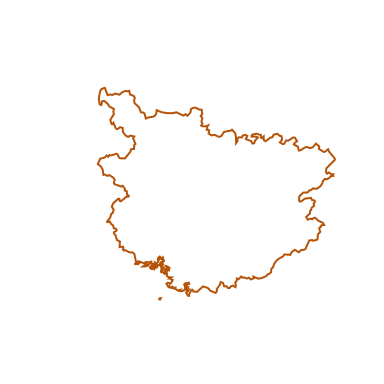 the Autonomous Region of Guangxi, rotated 32°
{"feature_id": "CHN-1152", "entity_name": "Guangxi", "entity_type": "Autonomous Region", "adm_level": 1, "iso_a3": "CHN", "parent_name": "China", "parent_adm1": "", "projection": "robinson", "projection_center": [108.679, 23.706], "detail": "fine", "context": "isolated", "style": "outline", "palette": "amber", "viewbox_px": 384, "rotation_deg": 32, "n_neighbors": 0, "source": "natural_earth", "source_scale": "10m", "svg_char_len": 6101}
<svg xmlns="http://www.w3.org/2000/svg" viewBox="0 0 384 384"><g transform="rotate(32 192 192)"><path d="M101.3,218.7L97.3,218.1L96.5,212.5L99.8,208.8L100.2,206.3L102.3,206.5L102.3,204.5L104.1,203.8L107.6,199.6L108.8,199.5L111.6,201.3L113.2,201.5L117.3,199.1L118.4,190.8L117.7,187.9L120.0,186.2L118.1,182.7L118.6,181.2L113.6,177.7L113.6,175.5L109.6,177.0L108.7,179.1L105.7,179.3L101.5,177.6L99.3,174.4L96.7,175.1L95.6,178.0L93.9,178.6L88.7,174.9L88.6,176.7L87.8,177.0L84.5,174.2L84.5,167.4L82.8,165.6L81.7,162.9L76.7,163.3L73.5,161.8L69.2,161.3L67.7,162.8L69.0,166.3L67.2,166.6L63.5,162.2L61.2,156.7L60.5,153.2L62.4,150.2L63.1,150.0L69.1,154.6L70.9,152.7L73.0,152.0L74.7,149.2L78.9,147.9L80.2,143.9L82.0,141.6L84.2,140.6L85.1,139.4L87.8,142.2L91.8,141.4L93.5,142.4L94.4,145.1L96.2,147.1L102.0,148.2L106.5,151.5L108.7,150.4L110.3,150.7L113.9,154.2L115.3,152.1L119.4,148.5L120.2,146.6L120.2,144.7L118.7,141.3L123.9,140.5L129.1,138.3L133.7,135.5L136.5,132.7L144.1,131.8L145.4,129.4L147.6,129.9L148.6,125.7L147.2,121.9L148.8,119.6L150.8,118.4L153.8,118.4L156.6,117.1L159.4,120.5L159.0,122.8L161.7,123.9L162.7,127.3L164.6,128.4L164.5,130.8L166.3,130.6L169.1,128.8L170.3,127.1L170.4,129.1L171.4,130.2L171.5,131.4L173.9,130.6L175.0,133.5L178.4,133.7L181.0,131.5L185.1,131.1L186.5,130.2L187.2,128.9L187.4,123.9L192.4,119.4L192.9,118.0L197.4,119.2L200.1,121.9L203.5,127.1L203.6,124.6L202.4,122.9L202.4,121.6L203.1,120.5L205.5,119.3L205.0,117.5L206.8,115.4L209.1,115.1L209.6,118.6L215.2,117.5L217.5,118.9L218.9,117.8L218.2,115.0L219.0,110.8L216.7,111.3L213.2,113.4L212.6,112.5L212.9,111.1L215.8,108.4L220.4,107.2L221.9,109.4L222.9,109.1L223.4,107.0L225.3,109.9L227.5,110.0L229.7,104.3L231.2,102.8L230.8,100.1L233.7,97.4L236.5,97.9L238.3,97.2L240.7,99.9L240.2,103.4L243.7,103.3L244.6,102.3L244.5,98.4L246.4,97.5L249.0,92.0L250.6,91.4L254.2,93.3L253.0,96.3L253.2,97.8L257.7,97.4L260.6,100.2L262.0,99.1L264.2,94.2L266.2,92.7L268.8,92.4L270.6,90.2L271.5,85.3L275.8,85.9L276.7,88.2L282.4,88.2L283.4,87.5L284.8,83.6L286.8,85.1L295.2,87.9L296.1,88.9L293.4,100.7L295.1,104.2L296.8,104.9L297.5,103.0L300.8,103.0L302.4,102.2L302.3,103.1L303.2,103.5L301.3,105.1L301.0,107.3L299.4,109.9L297.8,110.4L297.2,113.6L298.0,115.6L297.9,118.7L296.6,122.3L295.4,123.7L292.7,124.7L291.9,127.5L290.7,128.3L290.3,131.1L286.6,133.6L285.3,138.7L287.1,142.3L288.3,143.0L289.6,142.0L291.2,137.9L296.0,133.9L297.9,135.2L300.3,134.3L301.5,135.0L301.2,137.3L302.9,138.9L301.8,141.8L302.5,144.4L302.2,145.6L303.4,147.8L302.0,152.7L304.9,154.1L306.8,151.7L308.3,151.5L309.0,149.4L310.1,148.6L314.6,149.4L319.3,148.8L321.5,149.9L319.4,151.7L319.7,153.6L319.0,154.5L319.4,155.8L321.9,157.8L321.3,161.1L323.5,165.9L320.8,169.1L319.5,169.0L317.1,170.9L318.4,180.3L317.2,182.1L315.4,183.2L314.5,186.5L309.9,186.5L308.4,189.8L308.7,193.2L303.4,196.0L303.3,198.5L300.7,203.1L299.9,206.3L299.8,209.5L300.6,212.7L300.0,215.1L301.6,218.1L300.6,221.0L299.8,221.6L299.4,224.2L296.6,228.2L293.9,230.5L289.0,231.2L290.1,232.4L288.3,235.0L285.7,234.5L284.6,236.1L281.1,237.0L280.0,238.0L278.5,237.6L277.7,241.3L275.9,241.6L276.9,243.6L276.7,246.0L279.0,248.3L279.3,249.7L276.2,249.7L274.9,251.7L274.8,253.5L273.3,254.4L271.2,253.6L269.3,255.0L266.5,252.7L264.0,253.2L264.8,256.0L264.4,261.2L265.7,262.9L265.5,265.1L260.0,266.0L256.1,265.0L251.3,266.3L249.3,273.9L245.8,275.7L244.1,274.6L243.6,275.1L243.6,279.3L244.5,281.7L243.4,282.1L240.2,280.3L241.2,278.1L241.2,276.1L239.8,277.0L239.7,278.3L238.8,278.1L239.0,275.0L238.0,275.8L237.1,274.2L237.1,272.7L238.3,271.4L237.3,270.6L234.7,273.1L235.2,273.6L234.7,273.9L235.7,273.6L235.7,274.4L233.7,274.4L236.0,275.6L237.5,277.8L237.1,280.0L236.1,281.4L234.0,282.5L234.0,281.1L232.3,283.0L229.5,283.0L228.7,281.9L228.0,283.4L226.1,283.9L225.9,281.7L225.0,284.4L223.5,284.4L222.7,283.6L223.0,285.0L222.4,285.1L219.3,283.6L218.9,283.1L219.6,281.9L222.5,280.7L222.3,276.9L220.2,277.2L219.8,276.4L219.1,276.9L219.8,275.3L217.2,276.7L215.0,276.4L213.9,274.2L212.5,273.6L212.8,271.4L214.9,270.3L212.9,270.8L213.2,268.9L212.3,269.3L212.7,268.4L210.6,268.2L209.8,268.4L211.3,268.9L211.0,269.7L211.7,269.6L212.0,271.2L211.1,272.4L210.7,270.7L209.8,272.0L211.7,273.6L211.3,275.3L212.7,275.3L212.3,276.0L210.1,275.4L208.4,276.4L208.6,276.9L207.4,275.0L208.2,274.5L208.8,275.0L208.8,273.3L208.4,274.2L207.5,273.5L207.9,271.1L206.4,272.8L205.3,271.7L206.4,271.4L205.2,270.9L206.2,268.4L205.5,269.2L205.0,268.1L204.8,270.0L204.1,269.5L204.5,271.1L203.3,271.4L203.8,269.5L202.9,269.7L202.5,268.5L204.8,265.3L203.3,264.2L203.1,265.0L202.1,265.1L202.6,262.8L202.4,263.4L201.9,262.8L200.9,264.7L200.2,264.5L200.7,265.3L199.5,265.9L199.7,266.7L198.8,266.4L199.3,263.1L198.6,264.2L198.3,266.3L200.2,269.5L199.7,271.4L198.8,271.4L200.2,272.2L199.3,273.1L200.2,273.3L200.2,274.2L200.7,272.5L201.2,272.2L200.7,274.2L201.9,273.1L202.3,273.9L201.7,275.3L200.5,275.3L201.2,275.8L200.7,277.2L199.4,277.8L199.7,276.7L200.2,276.9L199.7,276.1L198.8,277.2L199.0,278.6L197.2,278.8L196.2,278.1L196.8,277.0L197.7,277.7L198.1,276.1L197.1,275.8L199.0,274.2L196.9,274.4L197.4,273.1L196.1,274.1L194.4,273.1L194.5,272.0L193.4,273.8L194.0,275.8L193.3,275.8L192.8,277.5L193.5,277.8L192.5,279.3L189.9,281.1L191.4,277.5L190.5,276.0L190.9,275.3L189.9,275.8L189.8,275.3L189.9,276.9L188.7,278.0L184.9,278.6L185.0,279.6L182.3,279.1L183.9,280.3L183.0,280.8L183.3,281.7L185.4,281.7L183.1,282.3L181.5,283.9L182.3,281.7L176.0,275.1L173.7,274.7L171.1,276.3L166.3,276.7L165.1,277.8L163.7,277.2L163.6,275.8L162.5,274.9L159.8,277.1L157.2,272.3L153.7,272.4L149.9,269.1L147.7,268.5L147.2,267.2L148.4,265.2L148.0,263.8L146.7,263.5L144.9,264.2L142.9,262.2L140.0,261.9L138.2,260.6L136.3,262.4L135.6,262.2L136.2,257.2L135.1,253.2L135.9,251.9L134.9,248.4L131.7,247.0L131.2,243.2L133.0,236.8L134.1,236.3L135.4,237.9L136.6,237.5L138.9,230.8L140.5,229.7L140.4,228.7L138.4,228.7L136.2,225.9L134.2,226.4L133.2,224.7L129.9,223.5L128.9,225.0L121.8,226.4L120.8,225.5L120.0,222.6L117.5,221.5L112.9,221.5L111.6,223.2L108.6,223.4L107.8,224.4L104.4,220.3L101.3,218.7ZM221.1,300.4L220.7,299.6L221.8,298.6L222.0,300.0L221.1,300.4Z" fill="none" stroke="#b45309" stroke-width="2"/></g></svg>